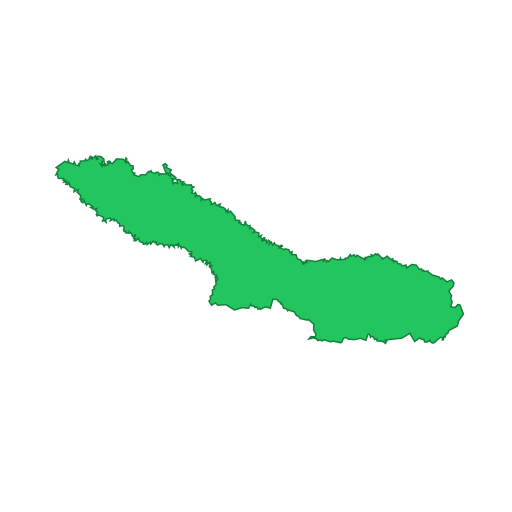 the district of Arajuno, Pastaza, Ecuador, rotated 194°
{"feature_id": "8360857B99947477251050", "entity_name": "Arajuno", "entity_type": "district", "adm_level": 2, "iso_a3": "ECU", "parent_name": "Ecuador", "parent_adm1": "Pastaza", "projection": "albers", "projection_center": [-76.93, -1.354], "detail": "fine", "context": "isolated", "style": "filled", "palette": "green", "viewbox_px": 512, "rotation_deg": 194, "n_neighbors": 0, "source": "geoboundaries", "source_scale": "gbopen_adm2", "svg_char_len": 6122}
<svg xmlns="http://www.w3.org/2000/svg" viewBox="0 0 512 512"><g transform="rotate(194 256 256)"><path d="M281.2,199.0L273.4,201.5L263.8,198.4L257.1,202.5L250.7,203.5L249.4,207.9L248.2,206.6L245.2,206.9L244.6,205.7L242.6,206.6L241.2,204.8L240.0,206.1L238.9,205.2L234.7,208.9L229.5,208.8L229.2,218.1L224.6,218.9L223.5,217.4L220.2,216.7L220.6,215.7L218.7,215.0L216.5,212.0L213.4,212.0L211.9,210.5L211.2,211.4L205.2,211.0L202.4,208.0L200.1,207.9L198.2,206.0L190.5,206.2L190.0,207.1L183.3,203.8L182.2,198.1L178.8,194.4L178.9,192.0L183.2,191.1L184.6,188.3L180.9,190.3L177.3,190.3L175.7,188.9L172.8,190.3L171.9,189.5L169.1,191.3L163.2,190.7L160.5,192.1L153.2,192.2L152.0,192.9L151.2,197.5L149.2,198.6L146.1,197.7L140.1,198.7L134.6,201.5L128.9,200.8L128.5,207.2L127.1,207.6L125.3,205.0L125.0,205.9L122.4,205.8L120.7,203.7L118.7,204.9L118.1,202.9L112.3,203.9L109.2,202.5L109.1,203.6L110.2,203.5L108.6,204.8L110.2,205.8L94.6,211.6L88.1,218.2L81.3,211.4L77.3,216.3L75.5,215.1L73.0,215.7L71.7,213.4L69.1,213.9L66.9,216.5L66.6,215.3L63.8,214.2L62.1,215.0L57.5,221.7L55.3,221.8L54.9,219.6L53.8,220.2L54.3,223.0L52.9,223.1L53.0,226.0L51.2,227.5L50.8,230.4L43.7,236.8L43.7,242.0L40.7,249.9L46.4,257.9L48.4,257.8L50.5,254.0L54.8,253.9L54.6,259.0L56.7,261.6L56.6,264.8L59.8,267.8L60.0,269.5L57.3,274.4L57.5,277.9L60.4,280.1L64.4,277.1L70.1,279.8L71.3,278.2L73.1,279.9L80.2,280.2L85.3,282.1L85.4,283.0L89.2,281.7L89.9,282.7L91.1,281.9L92.2,283.5L94.2,282.6L98.5,285.9L102.7,285.5L107.1,280.8L108.2,283.5L112.0,281.7L113.4,283.2L116.5,282.9L118.0,284.9L120.1,284.7L120.6,283.5L121.5,285.0L122.5,284.4L122.7,286.3L124.3,285.2L128.8,287.6L131.3,284.4L132.6,284.6L131.9,283.4L138.1,287.5L139.2,286.2L140.3,287.1L142.4,284.7L144.5,285.0L143.7,283.5L147.0,282.7L149.4,279.0L149.5,280.8L150.9,279.2L158.1,281.2L159.1,279.1L161.0,280.9L163.7,278.8L164.9,280.2L166.7,276.1L168.9,275.5L168.6,274.4L172.8,272.9L173.5,274.3L174.0,272.6L177.0,271.9L181.8,272.5L184.2,268.2L185.5,268.8L186.3,267.3L187.6,269.1L189.2,267.6L189.0,269.5L196.8,265.1L205.4,264.2L206.4,263.7L205.2,262.7L206.4,262.3L205.9,261.6L208.3,261.7L207.4,260.1L208.3,259.4L211.4,262.9L215.3,263.4L217.5,266.9L221.8,266.0L222.0,268.9L223.9,267.5L225.6,270.0L229.5,270.0L230.4,268.8L234.2,269.9L234.4,271.0L232.9,271.7L233.5,272.6L234.9,271.9L235.8,268.3L235.9,271.1L240.1,271.7L241.4,273.2L242.5,270.6L244.6,273.2L245.9,270.6L246.1,273.6L247.7,274.3L248.9,271.2L250.0,274.0L252.0,273.1L252.0,275.8L253.0,275.3L253.0,272.4L254.1,272.2L254.4,274.5L256.5,275.4L255.9,277.2L258.3,275.4L258.8,279.0L262.9,279.3L264.3,278.2L263.5,280.7L267.3,282.3L268.8,281.1L269.1,284.1L271.2,283.3L273.6,284.8L274.7,287.4L274.8,283.1L278.1,283.2L278.9,284.9L280.4,284.1L280.4,286.5L284.7,285.8L286.0,289.3L291.7,293.4L293.6,291.4L294.3,294.2L295.8,291.6L296.8,293.8L299.3,295.2L303.7,295.1L303.2,297.8L306.6,295.4L308.8,298.0L311.8,294.9L312.5,297.5L314.4,298.6L314.2,300.4L319.9,297.8L321.6,298.9L322.7,296.8L323.6,299.9L326.0,300.7L328.5,299.9L329.6,298.0L328.6,301.2L330.1,303.0L331.0,301.6L333.9,301.6L333.0,304.2L335.1,305.3L333.0,307.9L334.8,307.8L335.9,309.4L341.2,307.9L342.7,309.3L344.7,307.0L345.4,308.3L344.3,310.4L346.9,309.8L347.6,311.3L349.5,311.6L351.2,310.9L349.7,307.4L353.2,307.6L353.7,306.0L355.4,308.3L354.6,309.5L356.5,310.6L352.7,311.2L352.6,312.6L358.4,315.2L358.5,312.8L360.5,313.3L359.1,319.1L364.6,320.2L364.2,322.5L366.4,323.7L368.3,321.8L364.1,315.7L361.9,314.9L362.5,314.1L368.7,312.5L369.6,311.1L370.7,313.5L373.0,313.2L373.4,311.8L377.3,311.9L378.5,313.3L378.9,312.1L380.5,312.3L383.0,307.9L387.6,306.9L388.7,304.7L394.0,305.1L393.6,307.0L395.9,307.1L397.7,309.7L396.2,310.8L397.1,313.7L399.5,313.4L403.2,316.6L404.6,315.1L404.9,319.1L405.9,319.6L405.6,315.9L407.8,317.8L414.7,316.5L417.9,310.6L419.5,311.3L421.2,310.0L420.3,312.2L421.6,312.6L423.0,311.4L421.7,309.2L422.3,307.9L423.5,308.2L424.9,306.5L424.3,309.0L425.4,309.1L427.1,305.6L429.5,307.8L426.9,307.6L428.3,310.6L426.2,310.6L427.0,313.1L430.2,314.9L433.3,314.6L434.2,313.3L432.8,311.8L434.1,311.0L435.7,314.5L437.6,311.9L440.0,312.5L437.9,310.0L441.4,311.5L441.4,309.3L443.3,307.6L444.8,308.7L445.3,306.8L449.5,305.6L449.1,303.5L450.4,302.8L449.3,300.8L452.8,300.6L455.1,303.3L455.4,301.0L459.9,301.3L461.3,303.6L461.3,301.2L464.3,301.6L471.3,293.5L468.4,292.5L469.8,286.5L468.6,287.3L466.6,283.5L461.4,284.6L461.4,282.9L459.4,283.5L460.3,281.1L457.4,282.5L457.9,279.6L455.9,279.8L455.2,281.9L453.0,278.3L448.1,277.7L448.2,274.4L444.6,277.4L444.9,274.6L440.5,272.1L440.6,268.6L438.0,269.3L439.4,267.5L438.7,266.4L436.8,265.8L436.2,268.0L433.0,264.2L432.9,265.2L430.3,266.1L425.9,264.3L428.2,263.2L424.7,262.1L421.9,263.6L422.8,261.5L420.3,259.9L421.0,257.7L420.0,256.5L418.4,257.7L413.2,256.6L412.9,253.6L414.0,252.3L411.9,253.7L409.7,252.5L410.8,255.3L407.0,257.5L405.9,257.2L406.0,254.9L402.7,257.7L402.2,255.8L400.0,256.8L398.1,254.7L396.5,254.9L395.4,251.9L392.6,253.3L391.0,252.7L390.7,248.9L389.7,247.8L388.5,248.6L387.8,246.9L385.4,247.4L385.1,248.7L384.6,247.5L383.1,248.4L380.4,245.0L379.1,245.4L379.0,247.1L378.0,246.9L379.0,243.2L377.1,243.3L377.8,241.4L376.2,241.7L374.2,244.9L372.7,242.0L368.8,241.6L368.2,240.2L366.4,240.8L365.5,242.7L364.4,240.7L362.1,243.6L361.0,242.1L359.3,245.8L357.7,244.5L356.0,245.6L355.8,243.4L353.9,242.9L352.5,244.7L349.5,245.0L347.4,242.9L346.9,244.7L344.2,245.7L342.3,243.1L341.2,246.7L337.6,244.8L338.6,246.6L334.7,247.4L335.3,248.5L334.2,249.5L333.5,246.3L333.0,247.5L331.8,247.3L330.4,245.3L329.9,246.9L326.6,246.7L322.3,243.9L319.3,244.5L319.1,243.2L321.1,241.8L319.3,241.1L318.3,242.1L319.5,239.8L315.3,239.9L313.5,236.6L309.2,240.1L305.9,237.2L305.6,238.9L302.8,240.0L301.6,237.2L302.9,237.7L303.3,236.2L302.0,236.5L301.4,235.4L300.0,238.3L299.0,238.5L299.8,237.4L298.1,236.8L298.7,235.3L296.7,235.6L298.2,234.1L296.3,233.1L294.8,229.2L294.0,230.1L293.5,228.9L293.2,230.0L292.0,227.7L289.7,228.0L290.4,225.8L289.1,226.2L289.4,225.2L287.6,224.6L288.2,222.5L289.5,223.4L287.8,218.6L289.5,215.6L288.4,213.9L290.2,212.3L288.7,208.1L290.7,205.8L289.6,202.9L290.7,200.9L287.2,197.4L284.1,200.7L281.2,199.0Z" fill="#22c55e" stroke="#15803d" stroke-width="1.5"/></g></svg>